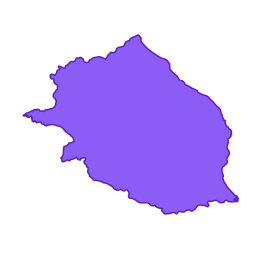 Iliomar, Lautém, East Timor (Equal Earth projection), rotated 263°
{"feature_id": "22284137B19934279863207", "entity_name": "Iliomar", "entity_type": "district", "adm_level": 2, "iso_a3": "TLS", "parent_name": "East Timor", "parent_adm1": "Lautém", "projection": "equal_earth", "projection_center": [126.838, -8.666], "detail": "fine", "context": "isolated", "style": "filled", "palette": "violet", "viewbox_px": 256, "rotation_deg": 263, "n_neighbors": 0, "source": "geoboundaries", "source_scale": "gbopen_adm2", "svg_char_len": 5748}
<svg xmlns="http://www.w3.org/2000/svg" viewBox="0 0 256 256"><g transform="rotate(263 128 128)"><path d="M38.6,153.2L38.2,154.6L38.0,158.4L38.0,159.1L38.6,161.3L38.7,162.7L38.1,164.5L36.9,165.5L36.9,165.8L37.2,166.5L38.6,167.4L38.9,167.9L38.8,169.7L38.2,170.9L37.8,173.0L38.1,174.1L38.9,175.4L39.2,176.5L39.3,177.7L39.1,178.9L37.9,180.5L37.7,181.3L38.0,182.3L38.6,182.9L39.1,184.4L41.8,186.9L42.4,187.8L43.0,189.9L42.9,190.7L42.1,192.2L42.0,193.9L41.5,195.2L40.2,197.1L40.2,197.6L40.8,198.5L41.2,198.8L41.7,198.8L42.8,198.5L43.0,198.0L44.4,197.9L45.0,198.5L45.4,199.7L45.0,202.5L45.5,204.9L45.5,206.0L45.3,207.0L44.6,208.3L42.8,209.8L42.5,211.2L42.4,213.1L42.5,214.0L43.8,215.2L44.3,216.2L44.1,217.6L43.8,217.9L43.2,218.2L42.7,219.0L42.1,221.6L41.9,225.1L43.7,224.7L44.3,224.9L44.8,225.5L45.2,226.6L46.8,228.0L47.0,228.0L47.9,226.3L48.7,225.5L55.1,220.8L57.8,219.0L58.4,218.9L62.1,217.1L64.6,216.3L66.6,216.0L67.6,216.1L68.1,216.6L68.9,216.9L70.4,216.6L71.9,215.9L75.5,216.1L76.7,216.4L78.2,217.6L78.6,218.7L79.1,219.4L79.9,220.1L80.3,221.3L81.3,222.1L82.4,222.6L82.9,222.7L84.1,222.2L85.1,222.2L87.5,223.6L88.7,224.7L90.1,225.3L91.2,225.6L92.6,225.4L94.8,224.2L96.9,223.8L98.0,223.9L98.7,224.6L100.4,225.4L101.0,225.2L101.4,225.7L103.4,225.9L104.0,225.7L104.8,225.9L105.3,226.4L106.1,228.1L106.7,228.7L107.7,229.3L108.7,229.4L109.0,230.0L109.5,229.8L112.3,230.3L113.5,229.7L114.9,228.0L116.7,227.5L117.0,227.1L117.3,226.4L118.1,225.9L120.3,225.2L121.1,225.1L122.3,225.2L123.1,225.6L123.8,224.7L125.6,223.6L128.9,222.9L129.9,223.0L130.8,222.2L133.3,222.2L133.7,222.0L135.1,221.8L137.3,220.3L139.6,218.2L143.8,215.4L147.5,212.3L148.6,211.8L150.2,210.1L150.5,209.2L151.0,208.8L151.4,207.0L154.4,202.4L154.9,201.9L156.8,201.0L158.4,198.6L159.4,196.8L161.2,194.6L163.4,191.1L164.8,189.8L165.8,189.6L167.3,188.4L168.1,187.6L169.0,185.5L169.4,185.0L170.6,184.2L171.5,184.0L173.7,182.9L175.4,181.0L177.1,179.6L181.2,176.8L183.3,176.9L184.6,176.8L186.3,177.2L187.5,176.4L188.4,176.3L188.5,175.9L189.6,175.5L191.0,174.2L191.9,172.9L192.8,170.5L195.5,166.7L200.3,161.1L203.3,158.0L204.0,157.6L204.0,157.3L209.9,152.9L212.0,151.8L213.5,151.3L214.4,151.5L214.8,152.0L215.8,151.7L217.0,151.1L219.1,149.7L219.1,149.4L216.9,142.5L216.5,141.5L215.8,140.7L214.5,140.0L214.1,137.4L213.8,136.6L212.7,135.5L210.8,134.6L210.0,133.8L209.3,131.3L209.2,128.9L208.9,127.6L208.0,126.4L205.1,124.8L204.8,124.4L204.6,122.0L205.2,120.8L205.0,119.8L202.2,116.5L200.9,115.8L200.0,115.5L199.4,114.8L199.3,113.9L201.8,109.6L202.4,107.2L202.1,105.6L201.9,102.1L200.0,98.1L198.4,96.8L198.0,96.0L198.0,94.9L198.7,93.2L199.1,92.6L199.9,92.2L202.2,91.7L202.6,91.4L204.0,89.2L203.5,88.3L203.4,87.7L203.8,86.4L203.6,85.6L202.9,84.7L201.2,83.7L200.4,81.5L200.3,81.1L200.9,79.9L200.5,78.6L198.3,76.0L197.1,73.7L195.4,72.7L195.2,72.2L195.3,71.6L196.0,70.4L197.7,67.8L197.8,67.2L197.6,66.7L197.3,66.3L196.9,66.3L194.9,67.7L194.6,67.5L193.7,64.7L191.1,63.7L189.5,62.3L189.3,61.9L189.4,61.4L190.1,60.6L190.7,58.8L190.7,58.5L190.2,57.5L189.5,57.2L187.5,57.1L186.0,58.2L185.8,59.9L185.2,60.2L182.1,60.2L181.7,60.4L179.9,61.9L179.6,63.0L179.3,63.3L175.3,62.7L174.2,61.2L172.8,60.4L171.8,59.1L170.7,58.2L169.5,57.7L168.1,57.6L165.4,59.5L163.3,60.1L159.7,58.8L158.5,58.2L157.2,56.6L156.6,55.0L156.5,53.2L155.9,50.5L156.1,48.4L155.9,48.0L154.7,46.9L154.7,46.5L155.4,45.4L155.3,44.3L155.4,43.2L156.0,42.2L156.3,42.3L156.8,42.1L157.4,41.4L157.6,40.1L157.1,39.1L157.6,37.7L157.6,37.2L157.4,36.8L156.8,36.6L156.6,36.0L156.8,34.8L156.7,34.3L155.9,33.1L155.8,32.0L155.1,30.6L155.2,29.2L155.0,28.7L154.7,28.6L154.3,27.9L153.6,25.9L152.9,25.7L152.6,26.2L152.9,27.9L153.2,28.4L153.0,29.0L152.5,29.7L151.7,28.7L151.4,29.1L150.6,31.0L150.7,31.6L151.6,32.6L151.8,33.2L151.6,33.7L149.8,34.1L149.6,33.6L149.3,33.3L148.3,33.7L148.1,34.0L146.7,33.7L146.4,34.4L145.8,34.6L145.6,34.9L145.7,35.4L146.5,35.8L146.4,36.7L145.7,36.9L144.3,37.9L144.4,38.4L144.8,38.9L144.9,39.5L144.6,40.3L144.6,41.0L144.8,41.4L144.2,42.6L143.5,42.5L142.7,42.9L142.3,43.6L142.3,44.0L141.8,44.9L141.9,45.4L141.1,45.6L140.4,46.7L140.1,47.7L140.3,48.2L140.7,48.2L140.6,49.1L140.8,50.9L140.6,52.0L140.7,52.5L140.6,53.7L139.7,56.5L138.8,57.8L138.4,59.4L137.8,60.9L137.3,61.7L135.2,63.8L134.1,64.1L133.1,65.5L132.5,65.2L132.2,65.3L131.3,66.6L129.8,67.8L128.9,69.0L127.5,70.4L126.6,70.6L126.1,71.6L124.2,72.5L123.0,72.6L122.0,72.9L121.4,72.9L120.8,71.7L120.3,69.8L120.3,67.8L120.1,67.3L119.3,67.0L118.0,65.1L117.7,64.5L117.6,63.0L117.4,62.3L116.6,61.7L116.0,61.8L115.6,61.6L110.0,60.6L108.0,59.7L106.5,57.8L106.2,57.8L105.1,58.6L103.4,58.3L102.5,59.0L102.4,59.8L102.6,60.9L103.7,63.6L103.6,64.1L102.8,65.0L102.7,66.3L103.8,67.6L103.9,70.2L105.1,72.7L105.2,73.2L103.3,74.2L102.1,76.1L102.1,77.0L102.7,77.4L103.2,77.3L103.6,77.5L103.8,80.2L103.9,80.7L103.5,82.0L101.6,82.0L100.9,81.3L100.6,80.4L99.8,80.2L98.5,80.4L97.7,80.8L96.6,82.2L96.2,82.3L94.8,82.1L93.9,83.0L93.0,83.5L92.2,83.5L90.5,82.9L89.2,82.7L87.7,83.3L86.4,84.1L85.2,83.9L84.6,84.1L82.9,85.8L82.3,86.1L81.3,87.4L80.3,88.0L80.0,88.5L79.9,90.4L78.3,94.6L76.7,96.8L76.0,99.2L74.8,101.4L74.2,101.9L72.7,104.5L72.3,104.6L71.4,105.7L69.4,106.7L67.8,109.0L67.5,110.6L67.9,113.3L67.7,113.8L67.0,114.5L66.0,116.3L66.1,116.9L67.0,118.5L67.0,119.2L66.0,120.2L62.6,121.3L61.6,120.7L60.2,120.1L58.8,120.4L58.1,121.5L57.5,123.9L55.3,127.0L53.1,129.3L52.8,129.9L52.1,131.8L51.6,136.7L51.3,138.3L50.6,139.7L49.9,140.1L48.5,141.2L48.1,141.9L47.8,142.8L47.7,143.9L48.0,145.4L47.8,145.7L46.8,146.1L45.9,147.1L44.5,149.6L43.8,152.3L43.3,152.2L42.2,151.3L41.9,151.3L40.7,152.0L40.2,152.9L38.6,153.2ZM43.3,225.6L42.3,226.7L41.7,226.9L41.9,227.8L42.4,228.3L43.3,228.3L44.5,228.8L45.2,228.6L45.1,227.8L44.5,226.9L44.3,226.1L43.9,225.8L43.3,225.6Z" fill="#8b5cf6" stroke="#5b21b6" stroke-width="1.5"/></g></svg>